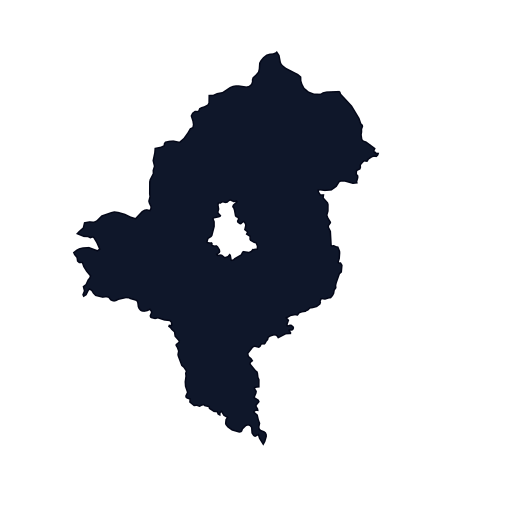 an SVG outline of Brandenburg, rotated 235°
{"feature_id": "DEU-3487", "entity_name": "Brandenburg", "entity_type": "State", "adm_level": 1, "iso_a3": "DEU", "parent_name": "Germany", "parent_adm1": "", "projection": "orthographic", "projection_center": [13.043, 52.446], "detail": "fine", "context": "isolated", "style": "filled", "palette": "ink", "viewbox_px": 512, "rotation_deg": 235, "n_neighbors": 0, "source": "natural_earth", "source_scale": "10m", "svg_char_len": 6164}
<svg xmlns="http://www.w3.org/2000/svg" viewBox="0 0 512 512"><g transform="rotate(235 256 256)"><path d="M398.5,232.3L401.9,235.1L399.5,240.6L398.9,244.0L400.6,245.6L401.1,247.1L399.6,250.7L397.5,254.2L392.9,258.5L393.5,264.4L395.8,270.9L397.8,275.2L397.3,278.0L399.4,280.2L402.6,281.8L407.8,283.4L409.2,286.0L409.3,289.0L407.5,291.4L407.6,292.4L408.9,294.4L408.6,296.6L407.7,299.3L407.2,303.2L408.2,305.3L414.3,309.7L412.0,313.1L411.2,317.3L408.9,322.4L408.7,331.5L408.0,334.5L406.7,337.2L405.0,339.5L399.8,345.0L398.7,347.6L399.0,350.8L400.6,353.1L402.3,354.2L403.6,355.9L404.1,359.9L405.1,363.6L407.2,366.0L411.8,369.7L413.1,372.3L414.1,376.0L414.3,380.0L413.3,383.0L411.6,385.9L410.9,388.8L411.1,389.9L407.1,389.8L400.7,386.9L398.6,386.5L396.7,386.7L392.7,387.9L380.5,394.3L377.0,395.2L373.8,393.1L370.4,392.0L365.9,391.4L360.2,392.9L355.3,396.2L351.8,401.0L351.2,402.1L351.1,404.5L349.7,407.9L343.0,418.3L342.1,418.6L340.0,418.0L324.0,420.2L309.7,419.2L304.2,417.6L302.2,418.0L301.1,417.5L299.5,415.2L297.1,413.6L295.1,411.6L290.7,409.4L288.5,409.7L286.3,411.4L275.9,414.9L274.7,412.9L272.8,412.3L272.4,413.2L271.4,413.0L269.9,414.9L269.0,413.7L268.6,411.7L270.2,409.8L270.9,407.8L271.0,404.0L270.8,402.7L270.3,402.3L270.0,401.3L272.0,399.1L271.8,397.2L271.0,394.1L270.6,393.5L268.7,392.3L267.8,391.0L268.3,387.9L267.8,386.8L265.2,384.8L263.8,385.3L263.1,385.1L261.8,384.2L259.2,381.0L258.1,380.6L260.0,377.1L266.4,371.9L268.9,368.4L269.2,366.6L267.1,361.7L267.0,355.6L270.3,350.0L273.5,346.5L274.3,344.6L272.5,343.8L269.0,343.7L267.3,346.3L265.3,344.4L264.6,344.3L258.5,345.0L256.8,344.4L251.6,340.7L248.9,337.4L246.0,336.6L241.1,336.3L240.6,336.0L239.4,332.7L238.1,331.7L233.5,331.0L221.8,323.7L220.7,323.7L219.9,325.5L217.6,326.8L216.3,328.1L212.0,327.1L210.5,326.2L206.2,322.7L204.3,320.2L203.4,319.6L202.7,319.8L201.8,321.2L199.1,321.0L194.0,316.7L193.7,314.1L188.1,306.3L186.4,304.4L184.2,303.1L183.3,300.5L180.9,298.1L179.8,295.9L179.1,293.2L180.0,291.6L181.2,287.8L183.3,285.6L183.6,284.9L182.3,282.5L181.1,282.1L180.1,280.8L179.9,276.7L181.3,272.8L182.6,270.3L182.1,267.5L182.5,265.9L182.4,264.8L184.0,261.6L184.8,258.8L183.9,256.1L185.6,254.4L187.5,250.2L187.7,247.0L188.3,245.5L188.0,245.2L184.8,245.7L182.4,242.3L180.8,241.5L180.3,242.0L179.8,244.1L179.1,245.0L176.8,245.7L175.7,245.4L174.9,244.3L174.8,243.0L176.3,240.8L176.3,240.4L173.4,240.3L172.8,239.8L175.3,235.8L176.4,227.4L178.6,227.5L180.3,226.7L181.4,224.9L182.3,222.0L182.5,219.4L180.9,217.5L180.4,215.3L179.5,213.7L179.2,212.5L180.9,210.1L180.7,209.2L179.8,207.7L179.7,206.0L182.9,203.2L183.3,201.5L183.2,200.5L181.1,193.7L180.6,193.1L178.1,192.1L174.6,193.0L172.3,192.9L172.2,190.7L171.4,189.4L170.7,189.1L162.1,189.7L160.7,190.3L159.2,189.9L155.5,187.9L153.0,187.4L147.2,183.3L148.5,181.0L149.0,179.3L147.9,178.6L145.1,178.5L143.9,177.4L141.2,173.2L136.6,175.1L135.0,174.8L133.8,170.5L132.8,169.7L129.8,169.5L128.6,168.9L129.4,168.1L129.9,166.7L129.9,165.3L129.0,164.7L125.0,165.7L120.6,163.9L116.9,162.9L114.3,160.1L112.3,159.3L110.4,159.7L107.4,161.7L105.7,162.2L103.8,161.8L102.3,160.8L99.1,156.8L97.7,154.0L104.7,154.4L108.4,155.6L108.9,151.9L110.3,151.2L113.3,151.3L118.1,154.2L120.5,154.0L122.3,152.7L123.0,150.3L122.2,145.6L121.0,144.0L120.8,142.9L121.4,141.4L127.2,136.7L132.1,135.0L135.2,134.8L136.3,135.2L139.1,137.6L140.1,140.2L143.9,138.4L148.6,138.7L148.4,136.6L146.6,135.2L148.2,134.4L150.7,135.0L152.8,132.5L157.8,130.5L159.5,131.2L162.9,128.2L164.3,128.0L165.1,125.7L165.3,123.6L167.7,122.0L169.0,119.6L174.3,118.1L176.6,120.0L179.3,118.1L180.5,117.8L181.5,118.3L183.5,121.8L189.7,123.6L193.5,125.9L197.7,129.8L200.3,131.2L201.6,133.1L206.2,133.2L208.9,132.5L218.9,135.1L220.1,135.7L222.5,138.2L226.2,139.2L228.5,139.3L229.2,139.9L229.4,143.3L230.4,144.5L236.7,143.8L240.6,145.8L244.1,145.0L246.5,144.9L248.3,144.3L248.9,145.2L247.5,146.9L247.7,147.4L250.3,148.8L252.6,148.4L256.2,144.3L261.7,140.2L262.7,137.5L265.6,135.0L266.3,134.7L267.6,135.1L269.6,138.1L270.7,138.6L273.2,138.6L273.7,135.6L274.9,132.9L276.3,131.2L277.8,130.4L280.1,130.2L282.0,130.6L285.6,132.5L287.3,132.9L288.8,132.3L293.5,128.5L294.5,128.2L296.6,125.6L299.5,118.5L299.9,115.7L300.6,114.0L301.9,112.8L303.5,111.9L306.7,111.8L308.7,109.9L310.3,106.8L315.7,102.1L318.8,101.6L321.9,101.8L324.5,100.7L324.1,98.8L321.8,94.6L321.9,91.8L323.5,92.1L325.7,95.5L329.9,97.1L330.0,100.4L332.7,105.0L333.2,107.1L334.6,109.1L340.8,108.6L346.1,108.9L350.3,110.1L352.0,107.5L354.2,107.0L357.4,108.6L361.2,108.3L363.3,108.7L363.5,112.7L363.1,115.5L361.8,118.8L358.7,123.9L351.2,129.1L351.2,132.0L358.3,133.4L364.2,133.8L365.5,132.9L366.0,130.8L368.3,129.6L370.8,126.3L376.8,122.4L377.4,125.2L378.0,130.7L381.5,134.6L379.3,139.3L376.8,142.2L376.2,144.0L376.0,146.0L377.2,152.7L374.4,162.4L373.3,165.2L370.6,168.1L365.3,172.4L359.9,175.4L355.6,178.7L357.6,188.3L357.3,191.1L356.4,193.0L354.0,195.1L355.1,197.2L356.6,198.4L360.6,199.1L362.4,199.8L365.4,203.3L367.9,204.6L377.6,211.5L379.1,213.1L382.3,219.2L385.0,220.9L387.7,224.4L393.1,226.5L398.5,232.3ZM309.5,250.0L309.2,249.4L309.4,248.3L311.5,243.3L311.4,242.1L308.1,241.3L304.2,238.6L298.2,231.6L297.8,230.3L298.0,226.7L295.5,223.7L295.0,223.7L292.9,225.8L292.3,227.0L291.6,227.1L289.9,225.9L287.8,227.7L287.0,229.3L285.6,229.7L282.1,229.5L280.6,228.8L280.0,228.0L280.0,226.6L279.7,225.6L280.0,224.8L278.7,224.7L278.1,225.2L277.2,227.4L276.2,228.3L272.5,229.4L271.5,232.7L272.2,235.2L271.3,235.3L266.8,233.2L266.3,233.6L265.6,235.5L266.0,236.9L265.3,244.6L266.7,247.2L266.8,248.1L262.9,252.2L262.4,254.9L263.1,257.1L262.3,258.0L262.1,259.0L260.8,260.9L263.2,262.9L266.7,263.7L268.2,262.4L272.0,260.6L273.2,260.8L275.5,262.5L279.3,260.9L280.3,262.8L280.7,263.0L284.0,262.0L286.8,265.1L288.4,265.9L291.3,265.9L291.5,264.5L291.2,262.0L292.0,261.3L294.3,260.6L295.2,261.0L295.9,262.5L296.7,263.3L298.4,263.3L299.4,262.5L300.6,262.3L305.8,264.7L308.1,265.4L309.6,265.3L310.6,266.6L311.2,271.2L311.3,271.6L312.2,271.6L313.4,269.0L316.7,267.1L317.0,265.4L316.7,263.2L317.4,261.7L319.4,260.0L319.8,258.9L319.9,257.0L320.8,256.2L320.9,255.4L319.5,254.0L315.9,252.3L314.2,250.2L313.0,249.5L309.5,250.0Z" fill="#0f172a" stroke="#020617" stroke-width="1.5"/></g></svg>